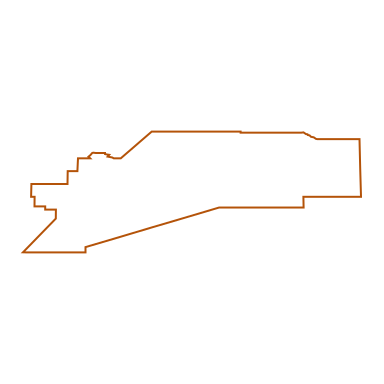 Denali, Alaska, United States of America (Robinson projection)
{"feature_id": "52423323B25289890288494", "entity_name": "Denali", "entity_type": "district", "adm_level": 2, "iso_a3": "USA", "parent_name": "United States of America", "parent_adm1": "Alaska", "projection": "robinson", "projection_center": [-150.374, 63.542], "detail": "fine", "context": "isolated", "style": "outline", "palette": "amber", "viewbox_px": 384, "rotation_deg": 0, "n_neighbors": 0, "source": "geoboundaries", "source_scale": "gbopen_adm2", "svg_char_len": 847}
<svg xmlns="http://www.w3.org/2000/svg" viewBox="0 0 384 384"><path d="M301.0,132.7L267.0,132.7L240.6,132.7L240.6,131.6L193.3,131.6L151.7,131.6L139.3,142.3L120.8,158.3L113.7,158.3L112.3,157.5L107.7,156.6L109.2,154.8L106.4,154.4L105.0,154.0L105.0,153.0L95.8,153.0L93.2,152.7L92.2,153.0L90.4,155.1L88.5,156.7L90.1,158.3L78.0,158.3L77.4,171.1L67.7,171.1L67.5,184.0L31.4,184.0L31.1,196.8L34.6,196.8L34.5,206.4L45.2,206.4L45.2,209.6L55.9,209.6L55.8,218.6L41.3,233.5L23.0,252.3L26.4,252.4L70.7,252.4L85.5,252.4L85.5,247.1L120.8,236.7L151.9,227.4L177.8,219.8L219.2,207.5L242.2,207.5L287.5,207.5L303.6,207.5L303.4,196.8L354.5,196.8L361.0,196.8L361.0,196.6L360.2,168.5L359.5,139.1L317.2,139.1L316.0,138.9L313.7,137.3L311.0,136.8L309.6,135.4L307.8,135.0L307.5,134.3L306.0,134.1L303.5,132.4L301.0,132.7Z" fill="none" stroke="#b45309" stroke-width="2"/></svg>